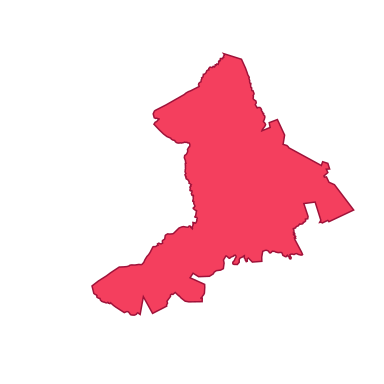 outline of Tierra Nueva, San Luis Potosí, Mexico, rotated 152°
{"feature_id": "50627088B99864279855032", "entity_name": "Tierra Nueva", "entity_type": "district", "adm_level": 2, "iso_a3": "MEX", "parent_name": "Mexico", "parent_adm1": "San Luis Potosí", "projection": "natural_earth1", "projection_center": [-100.486, 21.645], "detail": "fine", "context": "isolated", "style": "filled", "palette": "rose", "viewbox_px": 384, "rotation_deg": 152, "n_neighbors": 0, "source": "geoboundaries", "source_scale": "gbopen_adm2", "svg_char_len": 6047}
<svg xmlns="http://www.w3.org/2000/svg" viewBox="0 0 384 384"><g transform="rotate(152 192 192)"><path d="M324.4,156.0L326.3,148.5L325.5,146.9L324.8,146.1L324.8,145.6L324.5,145.3L325.3,144.0L325.1,143.3L324.3,142.1L323.2,141.2L323.6,139.9L323.1,137.9L322.6,137.4L321.9,136.4L321.2,136.1L320.5,135.0L319.5,134.2L318.9,133.9L318.1,134.1L317.7,133.4L317.8,132.9L317.2,132.5L317.0,132.0L316.1,131.9L315.8,132.2L314.6,128.8L313.2,125.9L308.4,117.3L305.9,117.1L304.6,116.3L304.2,115.1L303.9,112.8L303.5,112.1L302.2,111.2L300.6,110.3L299.7,110.2L298.4,110.2L297.6,110.7L296.6,110.8L295.3,108.2L284.1,122.4L283.8,103.3L267.9,103.1L267.5,104.2L265.8,105.3L265.4,107.3L260.0,109.9L259.5,111.1L258.1,111.4L256.9,110.5L254.0,111.2L252.6,107.0L252.3,106.8L252.4,106.5L252.0,106.1L251.4,103.5L249.3,98.8L246.4,96.5L234.5,90.4L232.8,93.4L233.9,94.1L233.7,94.3L233.0,94.2L231.7,95.1L229.8,95.9L228.5,96.9L225.5,101.8L224.2,104.5L234.0,117.2L229.2,119.8L225.9,114.1L216.2,109.4L211.7,109.7L210.0,110.8L207.4,111.1L203.4,109.6L200.3,109.6L197.1,114.1L196.1,117.2L192.2,119.6L191.6,119.3L190.3,116.0L189.7,115.8L188.2,116.2L185.6,115.9L185.0,116.3L184.6,116.0L183.6,116.1L183.3,115.3L183.3,114.5L183.8,113.7L185.2,113.0L186.4,111.9L187.6,111.3L188.8,110.9L189.4,110.1L189.6,109.3L189.0,108.4L186.0,106.7L183.3,107.8L182.0,110.2L180.9,110.9L180.3,111.1L177.8,110.9L177.0,111.2L175.7,111.2L176.8,109.4L176.5,108.0L176.9,106.9L176.8,105.0L175.7,104.9L174.7,107.0L173.2,107.2L171.6,101.8L162.9,98.0L161.0,101.8L157.4,106.4L154.7,106.1L153.5,105.5L152.5,104.4L152.2,103.6L152.1,102.1L151.7,101.5L150.7,101.4L148.9,102.0L147.2,100.9L146.6,100.3L146.4,99.8L144.4,98.0L142.0,97.0L141.3,96.4L141.2,95.4L141.5,93.4L139.9,91.0L138.8,90.6L138.3,91.2L137.4,91.4L137.2,90.2L136.7,89.2L137.1,88.2L137.0,87.1L136.8,86.8L136.1,86.6L135.3,87.3L135.2,90.6L134.1,90.7L132.6,90.1L131.3,88.9L129.7,88.9L128.4,88.4L127.5,87.0L125.6,85.3L124.5,84.7L123.7,84.9L123.5,87.5L123.5,101.8L123.1,103.3L122.3,102.7L122.3,103.4L122.1,103.5L122.3,103.7L122.0,104.7L121.5,104.6L122.4,106.7L122.2,107.1L121.3,106.6L121.1,107.0L121.2,107.9L120.9,107.6L120.9,108.5L119.8,111.0L120.0,111.9L119.7,112.1L119.4,111.8L118.6,112.0L117.5,111.6L116.6,112.3L115.5,112.5L114.2,112.2L112.6,112.9L112.5,113.1L111.9,113.2L111.3,112.6L109.3,112.0L108.3,112.4L108.1,112.9L106.7,112.7L105.2,113.2L104.6,114.8L102.4,114.0L101.0,115.9L98.7,129.3L88.0,125.3L91.5,106.6L93.6,105.2L92.1,104.7L91.5,103.5L85.4,103.2L85.1,101.5L57.7,100.2L62.8,131.6L66.5,136.3L66.2,142.2L68.1,143.0L68.0,144.2L62.9,145.4L62.7,149.1L59.7,147.7L58.6,153.5L62.4,157.4L65.4,154.7L85.7,185.5L85.8,186.7L86.4,188.5L89.2,191.3L83.5,198.8L82.6,215.9L91.3,217.0L92.7,212.3L101.5,213.2L100.4,214.2L97.0,215.7L95.5,216.8L95.3,217.2L95.4,219.2L95.9,220.5L95.7,221.0L94.2,222.0L92.5,223.9L92.1,225.0L92.6,226.5L92.6,226.9L91.9,227.5L91.9,227.9L92.5,228.4L92.5,228.7L92.2,229.6L92.5,231.4L91.9,232.2L92.0,233.8L92.4,234.8L94.4,235.8L94.8,235.6L95.1,235.9L95.0,237.6L95.2,238.8L95.0,239.6L93.8,240.2L93.2,241.0L92.9,242.6L93.6,243.6L94.2,245.3L94.1,246.0L93.1,247.2L92.7,248.5L91.6,249.1L91.0,249.8L90.6,252.8L91.4,253.2L91.5,253.8L90.4,256.0L90.9,256.8L89.7,259.8L89.2,259.8L89.1,260.3L89.6,260.5L89.7,261.3L89.2,262.7L88.8,263.1L88.3,265.8L87.6,266.4L87.7,269.7L87.4,270.7L86.6,276.3L86.0,286.0L99.1,299.3L99.0,298.5L99.3,297.5L100.3,297.2L100.8,296.6L100.9,295.9L102.0,296.0L102.5,295.4L103.6,296.3L104.3,296.5L104.7,295.4L105.4,294.7L106.1,294.6L106.2,295.2L107.2,294.8L107.6,293.8L109.0,292.4L109.9,293.4L111.0,292.7L111.3,293.2L111.7,293.4L113.1,291.9L113.7,291.9L114.3,293.0L115.8,292.4L117.4,293.8L119.2,293.2L119.8,292.0L120.2,292.3L122.1,292.1L123.6,290.7L126.0,290.1L126.7,290.6L128.3,288.4L129.9,288.3L130.1,287.4L131.2,286.7L132.3,285.1L133.7,285.1L135.0,284.7L136.0,283.5L135.9,282.8L136.1,281.8L145.8,282.0L148.1,282.3L150.9,282.2L153.1,281.7L174.0,281.1L186.0,281.3L187.2,281.1L189.6,279.2L190.5,275.3L189.5,274.0L188.9,274.0L186.8,272.0L187.2,271.6L188.3,271.6L190.0,270.8L191.7,270.9L193.8,269.7L191.8,262.5L189.9,256.6L188.1,252.7L185.5,249.5L185.5,248.6L184.7,247.1L183.1,245.6L183.1,244.3L182.6,243.1L182.0,242.3L180.6,241.3L179.2,240.9L178.6,240.3L176.0,239.5L175.1,239.5L174.2,238.7L173.1,238.2L172.6,237.2L171.6,236.7L171.5,236.4L171.5,235.6L171.7,234.7L172.4,233.6L172.9,233.1L173.6,233.2L176.1,231.6L176.5,230.2L177.5,229.1L179.4,227.9L181.3,227.7L182.7,225.9L183.0,223.6L182.9,223.1L183.2,222.7L183.8,220.9L183.8,220.3L184.5,220.4L185.4,218.6L185.4,218.1L186.0,217.4L186.9,215.4L187.6,214.8L188.1,213.7L188.5,213.4L188.7,212.7L188.7,211.2L190.1,210.6L190.3,209.3L190.0,209.0L190.1,208.3L190.4,208.4L190.9,206.5L190.8,206.0L190.2,205.5L189.9,204.6L189.7,202.3L190.5,201.1L189.9,200.4L189.2,198.7L190.2,198.4L190.4,197.5L191.5,197.4L191.7,196.9L191.6,196.2L193.0,194.6L192.9,193.8L192.0,193.6L191.6,193.1L192.2,191.7L193.3,191.0L193.6,189.4L193.4,188.8L192.6,188.8L192.5,188.5L192.5,187.8L193.3,187.1L194.1,185.3L195.3,184.1L195.7,183.4L195.6,183.2L195.0,183.0L194.9,182.7L195.9,180.9L195.9,178.7L196.0,178.1L196.7,178.0L197.3,177.3L198.3,177.4L198.6,177.1L198.6,176.6L197.7,174.5L196.7,173.4L197.2,172.7L197.8,172.4L198.1,171.4L198.6,171.1L199.7,169.6L201.2,168.7L201.0,168.1L199.8,167.5L199.7,166.2L200.9,165.2L201.0,164.6L202.9,163.0L203.8,162.9L204.2,163.7L205.5,164.7L205.8,164.1L205.6,163.3L206.6,162.6L206.9,161.9L208.2,161.1L208.6,159.6L209.0,159.3L209.3,161.0L209.6,161.2L209.3,161.5L209.7,162.9L210.0,163.1L210.5,163.3L211.6,162.8L212.2,162.9L212.9,163.2L215.8,165.5L217.5,166.0L220.4,166.3L227.8,164.1L228.8,164.2L231.6,165.4L233.2,166.5L235.4,166.4L236.0,166.2L238.2,163.3L240.7,163.0L241.2,162.7L242.0,160.6L243.6,160.7L244.4,161.2L245.3,162.4L246.8,162.4L247.1,160.9L247.8,161.2L249.2,160.9L250.3,161.1L251.4,161.8L252.3,161.9L257.4,158.3L259.8,157.0L262.1,156.2L265.2,154.4L267.6,152.5L270.0,151.6L271.0,151.7L272.9,153.0L276.4,154.2L279.9,156.1L281.1,156.5L282.5,156.3L284.4,156.7L287.3,157.9L291.5,159.9L301.8,158.9L306.9,158.1L316.3,157.4L324.4,156.0Z" fill="#f43f5e" stroke="#9f1239" stroke-width="1.5"/></g></svg>